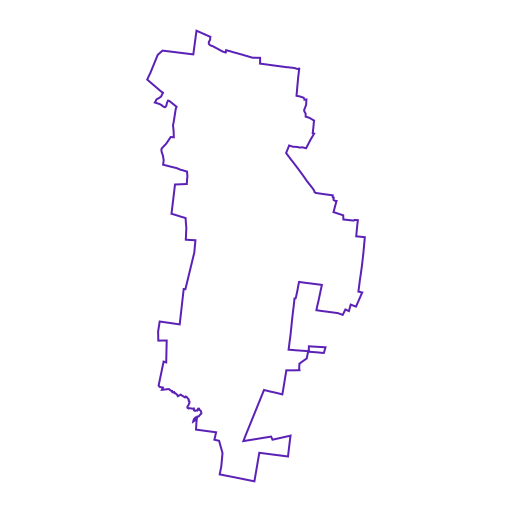 Tzucacab, Quintana Roo, Mexico (Mercator projection)
{"feature_id": "50627088B84672530546512", "entity_name": "Tzucacab", "entity_type": "district", "adm_level": 2, "iso_a3": "MEX", "parent_name": "Mexico", "parent_adm1": "Quintana Roo", "projection": "mercator", "projection_center": [-89.047, 19.921], "detail": "fine", "context": "isolated", "style": "outline", "palette": "violet", "viewbox_px": 512, "rotation_deg": 0, "n_neighbors": 0, "source": "geoboundaries", "source_scale": "gbopen_adm2", "svg_char_len": 5939}
<svg xmlns="http://www.w3.org/2000/svg" viewBox="0 0 512 512"><path d="M323.9,352.9L325.5,347.3L308.9,346.3L308.9,348.2L308.7,348.8L308.7,349.1L309.1,351.2L300.4,350.6L298.0,350.4L295.9,350.3L291.6,349.9L288.6,349.7L288.9,347.2L289.2,344.9L289.4,343.3L289.4,343.1L289.6,341.8L290.6,334.1L291.7,323.5L292.0,320.3L293.2,309.9L293.5,307.8L293.8,305.1L294.4,299.7L294.4,299.2L294.5,298.5L295.6,298.3L296.1,296.6L297.0,292.4L297.4,290.6L298.1,286.5L298.9,282.7L299.0,282.0L299.5,281.9L299.7,282.0L306.0,282.9L311.0,283.5L316.5,284.2L321.9,284.9L320.7,290.3L320.1,293.2L319.6,295.6L318.5,300.8L318.2,302.1L317.2,306.2L316.4,310.2L320.3,310.8L325.7,311.5L337.8,313.1L342.7,314.9L345.4,309.5L348.9,311.1L350.7,304.6L356.0,306.6L362.2,292.5L358.4,291.6L360.0,279.2L360.7,274.6L362.0,265.3L363.0,256.3L363.5,252.0L363.6,250.6L364.7,238.6L364.8,237.2L362.2,236.9L359.0,236.6L356.2,236.3L357.4,223.9L357.9,220.2L354.6,219.9L353.8,220.6L343.4,219.5L343.2,215.3L333.5,212.1L336.5,201.0L335.9,201.0L335.1,200.8L334.6,200.7L333.5,199.8L333.7,197.6L332.8,197.3L332.7,195.3L324.3,194.2L320.2,193.6L315.5,192.9L314.5,192.0L314.4,191.3L313.5,189.6L312.0,187.5L306.7,180.8L303.7,176.4L297.9,168.5L293.8,163.1L290.8,159.3L286.1,153.0L288.5,147.2L289.1,145.5L292.8,146.7L296.5,146.9L298.3,147.2L299.8,147.6L301.6,147.3L302.6,147.5L303.0,147.4L303.3,147.5L304.5,147.9L306.1,148.2L308.3,144.0L310.3,140.1L312.0,137.2L314.1,133.6L312.7,133.2L313.3,128.1L313.6,125.1L313.9,121.5L314.1,120.6L309.7,118.0L307.9,117.3L305.7,116.7L305.6,113.6L304.4,111.5L304.1,110.2L304.2,109.8L304.8,108.3L305.7,106.0L306.1,104.9L306.4,99.5L304.5,99.7L304.5,99.3L303.6,97.7L300.0,96.5L296.5,95.8L296.6,94.5L296.8,92.4L296.9,92.1L296.9,91.6L297.4,85.7L297.6,83.5L297.8,81.5L298.0,79.4L298.0,78.9L298.1,78.1L298.1,77.8L298.1,77.4L298.2,77.1L298.3,76.9L298.3,76.4L298.3,76.1L298.4,75.8L298.4,75.3L298.6,73.9L299.1,69.9L299.1,69.6L299.2,68.6L298.7,68.6L298.4,68.8L297.9,69.0L297.1,68.9L296.7,68.8L296.2,68.6L295.7,68.4L295.4,68.3L294.7,68.1L292.8,67.8L292.0,67.7L291.5,67.7L291.0,67.6L289.1,67.4L288.4,67.3L287.5,67.2L286.5,67.3L285.9,67.1L260.0,63.6L260.1,62.5L260.1,57.8L258.7,57.8L257.9,57.8L252.6,57.7L252.2,57.6L249.1,56.7L246.5,55.9L245.6,55.7L244.2,55.3L243.5,55.0L240.9,54.3L240.0,54.1L239.4,53.9L235.6,52.8L234.6,52.6L231.6,51.7L230.7,51.4L229.2,51.0L228.8,50.9L226.1,50.2L225.8,52.2L225.7,52.5L223.7,51.9L222.6,51.5L219.5,49.9L218.4,49.2L217.1,48.5L215.7,47.8L215.2,47.5L213.5,46.6L212.4,46.0L211.7,45.9L210.6,45.4L209.9,45.0L209.3,44.5L209.2,44.3L208.8,43.7L208.8,43.2L208.8,42.7L208.9,42.3L208.9,41.7L209.0,41.5L209.2,41.3L209.5,40.9L209.9,40.1L210.1,39.6L210.2,39.0L210.2,37.9L210.4,36.9L207.8,35.7L206.6,35.2L196.5,30.7L195.9,35.1L193.3,54.4L162.5,50.6L157.7,54.9L150.2,73.3L148.7,76.3L147.2,79.6L161.1,91.5L163.0,92.7L163.0,92.8L162.8,93.2L162.2,94.1L161.3,96.1L161.1,96.5L160.7,96.8L160.1,97.2L159.9,97.4L159.6,97.6L159.3,97.8L159.0,98.0L158.5,98.4L158.1,98.6L157.9,98.7L157.7,98.7L157.3,98.9L156.8,99.2L156.4,99.6L156.3,99.9L156.0,100.3L155.9,100.6L155.7,101.3L155.4,101.7L155.0,102.1L154.8,102.5L158.9,103.8L159.9,104.2L160.5,104.6L161.7,105.1L161.8,105.3L162.3,105.9L162.5,106.1L164.5,107.1L164.9,107.2L165.1,107.2L166.0,106.2L166.3,105.8L166.4,105.6L166.4,105.4L166.8,103.5L166.9,103.2L167.0,102.8L167.3,102.1L167.8,101.1L168.0,100.6L168.5,100.7L168.9,100.8L169.4,101.0L176.6,106.8L175.8,108.6L173.7,121.9L173.0,125.4L173.6,130.6L173.8,137.3L170.7,137.0L166.7,143.0L165.3,144.8L164.6,145.3L161.8,148.4L161.4,149.2L161.6,151.7L162.9,155.6L163.7,160.3L163.1,164.7L169.3,166.3L172.5,167.1L176.7,168.1L180.9,169.9L183.0,170.3L184.0,170.7L185.9,171.3L187.0,171.5L187.1,172.3L187.2,173.7L187.3,175.1L187.4,175.6L187.4,176.2L187.0,180.5L187.0,181.4L186.9,182.3L186.8,183.0L186.8,183.7L186.8,184.0L175.0,184.5L171.5,213.8L172.0,213.9L173.2,214.3L174.3,214.6L174.7,214.7L175.2,214.8L175.5,215.0L177.6,215.6L178.9,216.0L180.0,216.4L180.6,216.6L181.5,216.8L181.9,217.0L183.1,217.3L183.4,217.4L183.8,217.4L184.5,217.8L185.3,218.0L185.7,218.2L185.7,219.5L185.7,220.1L185.8,221.0L185.8,221.8L185.9,222.8L186.0,224.4L186.1,224.8L186.1,225.2L186.2,226.4L186.3,227.2L186.3,228.2L186.3,229.4L186.2,230.0L186.2,230.7L186.0,235.1L186.0,236.2L185.9,237.7L185.8,238.3L185.8,239.7L187.3,239.8L188.7,239.9L192.8,240.1L194.4,240.2L195.4,240.2L195.4,240.8L195.3,241.5L195.2,242.8L195.2,243.3L195.1,243.7L194.8,246.7L194.7,247.9L194.7,248.3L194.3,252.5L185.4,289.2L183.7,289.0L179.7,324.4L159.7,321.5L158.1,331.5L158.3,340.6L166.7,340.5L166.2,362.4L163.6,361.6L161.9,369.8L158.6,385.6L159.6,386.9L162.9,387.6L161.9,389.8L168.3,389.1L169.4,389.3L170.0,390.1L171.3,390.8L171.9,390.9L171.8,391.3L172.5,392.3L174.1,392.0L174.5,393.2L175.2,393.1L177.0,394.6L177.9,396.2L180.7,394.6L181.6,395.3L185.0,397.4L185.8,396.5L186.8,397.1L187.1,397.6L188.7,399.4L188.7,401.0L189.4,401.3L189.5,402.9L189.0,403.5L188.5,405.2L187.5,406.4L187.4,407.7L188.6,408.5L189.1,408.1L192.4,408.7L193.9,408.5L194.0,410.3L195.1,410.9L196.0,410.4L197.2,410.6L198.1,408.7L199.1,408.7L199.5,410.1L200.5,410.5L201.1,411.7L201.4,413.4L200.6,414.2L198.6,416.5L197.3,416.5L196.8,417.3L195.5,417.4L194.0,419.1L193.3,421.0L193.2,421.6L196.8,419.1L196.5,421.7L196.0,429.6L216.1,432.3L214.4,439.7L219.1,440.8L222.5,453.1L221.3,466.3L219.7,474.4L254.4,481.3L259.3,452.8L288.0,456.5L288.7,450.3L290.5,435.6L288.8,436.2L288.1,436.2L272.5,439.7L271.1,436.6L243.4,441.1L245.0,436.9L257.4,406.3L264.0,390.0L269.7,391.4L271.9,391.9L273.4,392.2L277.3,393.1L279.7,393.7L280.1,393.8L280.8,394.0L281.1,394.1L281.7,394.2L282.3,394.4L282.6,392.9L282.8,391.6L283.1,390.0L284.1,384.0L285.0,378.5L285.4,376.0L285.6,374.7L285.9,373.3L286.0,372.6L286.2,371.3L286.3,370.3L288.4,370.3L288.8,370.3L289.4,370.3L290.7,370.3L291.3,370.3L292.5,370.3L293.7,370.3L294.9,370.3L299.5,370.2L299.2,368.6L299.2,367.6L299.3,366.2L299.4,363.7L301.8,361.9L306.7,358.5L308.1,351.7L316.7,352.3L321.5,352.8L323.9,352.9Z" fill="none" stroke="#5b21b6" stroke-width="2"/></svg>